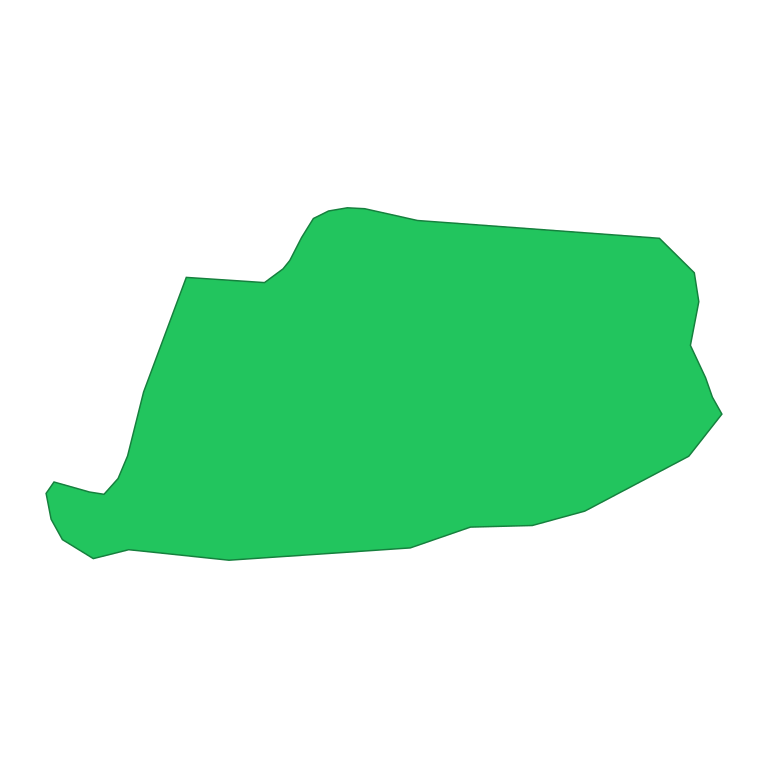 an SVG outline of Preddvor
{"feature_id": "SVN-215", "entity_name": "Preddvor", "entity_type": "Municipality", "adm_level": 1, "iso_a3": "SVN", "parent_name": "Slovenia", "parent_adm1": "", "projection": "robinson", "projection_center": [14.451, 46.328], "detail": "fine", "context": "isolated", "style": "filled", "palette": "green", "viewbox_px": 768, "rotation_deg": 0, "n_neighbors": 0, "source": "natural_earth", "source_scale": "10m", "svg_char_len": 546}
<svg xmlns="http://www.w3.org/2000/svg" viewBox="0 0 768 768"><path d="M410.3,547.9L229.0,560.2L128.7,549.7L93.3,558.6L62.4,539.6L51.1,519.2L46.1,493.4L54.0,482.0L89.4,492.0L104.0,494.3L118.1,478.5L127.6,455.9L143.6,392.0L186.3,277.4L264.5,282.6L283.0,268.9L289.8,260.5L301.6,237.5L313.4,218.5L328.5,211.0L347.3,207.8L364.7,208.7L417.5,220.5L659.4,238.3L694.3,272.8L698.8,301.7L690.4,345.4L705.6,377.8L712.4,397.2L721.9,414.1L688.8,456.2L584.8,511.1L532.3,525.5L470.4,527.1L410.3,547.9Z" fill="#22c55e" stroke="#15803d" stroke-width="1.5"/></svg>